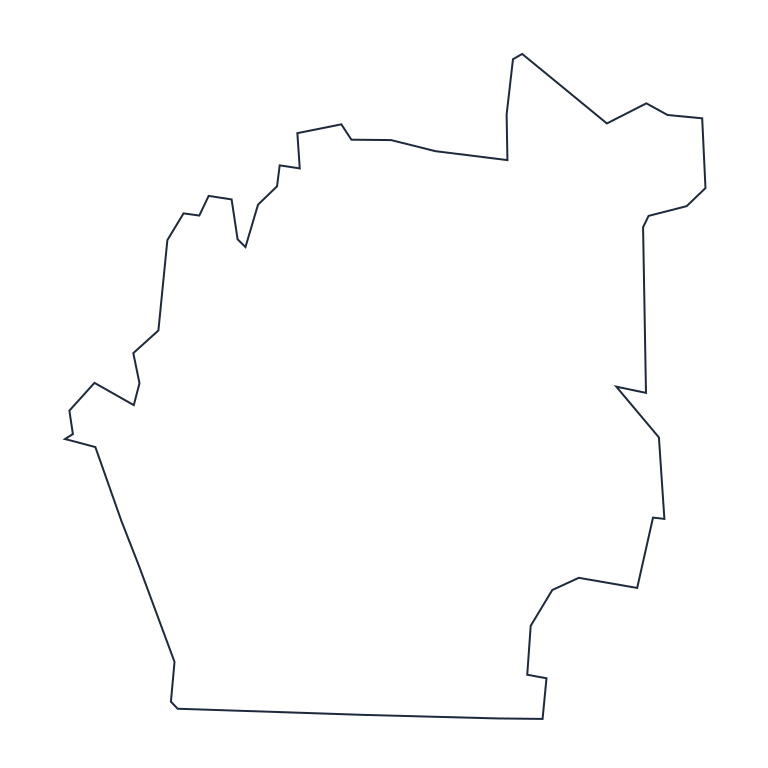 Campbell, Tennessee, United States of America (Robinson projection), rotated 181°
{"feature_id": "52423323B63395465279305", "entity_name": "Campbell", "entity_type": "district", "adm_level": 2, "iso_a3": "USA", "parent_name": "United States of America", "parent_adm1": "Tennessee", "projection": "robinson", "projection_center": [-84.138, 36.385], "detail": "fine", "context": "isolated", "style": "outline", "palette": "slate", "viewbox_px": 768, "rotation_deg": 181, "n_neighbors": 0, "source": "geoboundaries", "source_scale": "gbopen_adm2", "svg_char_len": 861}
<svg xmlns="http://www.w3.org/2000/svg" viewBox="0 0 768 768"><g transform="rotate(181 384 384)"><path d="M265.1,51.6L264.9,51.6L219.6,51.9L216.4,92.6L235.7,95.8L233.1,144.8L212.1,181.0L185.9,193.6L127.3,184.5L112.7,255.1L101.3,254.0L108.2,335.4L151.7,385.4L121.9,379.7L127.7,545.3L122.4,556.7L84.5,567.1L66.0,585.5L70.5,655.2L105.2,657.9L126.6,669.2L165.7,648.4L251.6,716.4L260.7,711.0L266.1,655.6L264.5,610.0L336.7,617.7L381.2,628.0L420.9,627.7L431.2,642.9L475.0,633.3L472.0,598.1L492.1,600.8L494.4,579.8L513.1,561.1L524.9,518.5L532.9,526.1L539.6,565.9L562.6,569.0L571.6,549.2L587.4,551.1L603.1,524.1L610.5,433.6L635.2,410.5L628.5,380.5L633.8,358.5L673.5,380.1L698.1,351.9L694.2,328.5L702.0,323.4L671.5,315.9L644.1,242.3L625.6,197.3L588.6,102.5L591.5,62.6L584.6,55.7L584.3,55.7L398.1,52.8L265.1,51.6Z" fill="none" stroke="#1e293b" stroke-width="2"/></g></svg>